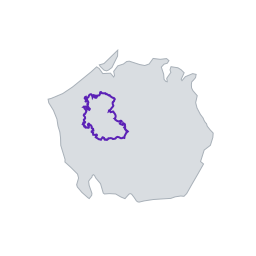 location of Bo, Southern, Sierra Leone, rotated 120°
{"feature_id": "65957751B93581480515289", "entity_name": "Bo", "entity_type": "district", "adm_level": 2, "iso_a3": "SLE", "parent_name": "Sierra Leone", "parent_adm1": "Southern", "projection": "mercator", "projection_center": [-11.769, 7.985], "detail": "fine", "context": "in_parent", "style": "outline", "palette": "violet", "viewbox_px": 256, "rotation_deg": 120, "n_neighbors": 0, "source": "geoboundaries", "source_scale": "gbopen_adm2", "svg_char_len": 7104}
<svg xmlns="http://www.w3.org/2000/svg" viewBox="0 0 256 256"><g transform="rotate(120 128 128)"><path d="M208.5,126.3L208.4,128.0L206.8,135.8L204.4,142.4L202.8,144.1L196.0,145.8L193.1,148.7L190.6,158.2L189.0,165.6L186.7,166.8L176.7,177.5L170.1,181.6L165.6,185.0L161.3,189.6L155.8,194.0L150.0,201.4L145.8,209.2L143.0,211.6L140.9,209.4L130.9,201.8L120.4,196.6L98.1,188.1L90.7,185.7L90.9,182.7L93.5,177.1L89.3,170.6L91.0,165.9L89.3,165.9L86.1,168.7L79.3,167.9L74.8,163.9L71.1,162.4L69.5,160.3L67.2,149.6L65.5,144.7L62.0,141.7L55.2,141.0L52.4,134.4L48.6,129.3L49.2,126.2L52.3,126.4L54.7,128.7L58.6,129.6L63.5,124.1L67.8,121.1L68.8,118.5L68.3,117.1L65.6,119.3L58.4,118.7L56.6,120.7L53.4,121.4L50.9,114.9L51.0,111.2L52.1,107.0L59.3,106.3L60.0,104.9L54.9,104.0L48.6,99.2L47.5,95.8L50.6,94.7L53.6,95.2L56.2,95.9L59.0,94.7L61.6,92.9L63.2,90.5L65.4,84.2L72.2,82.1L76.2,78.2L80.0,72.2L81.8,68.0L83.4,65.9L84.4,64.1L85.1,62.1L86.8,60.3L88.6,55.8L89.8,51.7L93.8,49.8L101.8,48.0L109.0,51.0L120.8,48.4L121.4,44.6L132.2,44.5L144.9,44.5L155.5,44.4L159.2,45.4L160.5,48.3L164.0,52.7L167.6,55.8L172.1,62.6L177.4,70.5L183.1,77.6L186.7,81.4L187.1,82.8L186.9,84.3L185.1,87.9L183.5,91.8L183.7,93.3L184.8,94.1L190.7,95.3L191.3,99.6L191.3,105.7L194.1,111.3L196.9,115.4L196.7,116.9L190.0,123.9L187.4,130.9L186.1,132.9L185.6,134.5L186.9,135.2L188.7,134.7L191.3,135.3L193.8,135.5L197.1,133.0L202.6,126.6L204.4,125.8L208.5,126.3ZM88.5,183.0L87.7,184.4L84.2,181.0L65.7,175.8L70.9,173.0L83.7,172.2L87.5,173.8L89.2,175.1L89.9,177.7L88.5,183.0Z" fill="#d9dde1" stroke="#a8b0b8" stroke-width="1"/><path d="M142.8,170.4L143.5,169.9L143.9,169.5L144.1,169.2L144.1,168.5L144.3,168.1L144.8,168.0L145.0,168.3L145.4,168.4L145.5,168.7L145.6,168.8L145.7,169.0L145.8,169.2L146.2,168.9L146.2,169.1L146.5,169.1L146.7,168.7L147.0,168.8L147.1,168.5L147.4,168.7L147.5,168.1L147.6,167.6L147.9,167.4L148.0,167.3L147.8,167.0L147.9,166.8L148.1,166.7L147.9,166.5L147.9,166.4L148.1,166.3L148.0,166.1L148.2,165.8L148.3,165.9L148.6,165.9L148.7,165.1L148.5,164.8L148.7,164.7L148.5,164.4L148.3,164.1L148.2,163.8L148.0,163.7L147.9,163.2L147.8,162.9L147.7,162.5L147.4,162.2L147.1,162.2L146.9,162.3L146.7,162.4L146.3,162.8L146.0,162.9L146.0,163.1L145.8,163.4L145.7,163.7L145.3,163.8L145.1,164.0L145.1,164.4L144.9,164.5L144.3,164.4L144.0,164.3L143.8,164.2L143.8,163.9L144.4,163.4L144.1,163.1L144.2,162.6L144.5,162.2L144.4,161.9L144.2,161.6L144.6,160.7L145.0,160.1L145.4,159.9L145.9,159.7L146.2,159.4L146.3,158.9L146.1,158.5L146.2,158.2L146.2,157.8L146.5,157.6L146.8,157.3L147.2,157.3L147.4,157.0L147.6,157.3L147.8,157.3L148.1,157.5L148.3,157.4L148.8,157.4L149.3,157.3L149.4,157.6L149.6,157.5L149.6,157.2L149.4,156.8L149.3,156.6L149.3,156.0L150.4,155.6L150.9,155.0L151.2,154.7L150.9,154.4L150.9,154.1L150.7,153.9L150.5,152.9L149.7,152.4L149.4,152.1L149.4,151.7L149.6,151.4L150.0,151.2L150.4,151.3L152.1,151.4L152.2,150.8L152.2,150.5L152.1,150.2L152.2,149.8L152.3,147.5L152.1,147.2L151.9,146.4L151.8,146.2L151.8,145.9L151.7,145.6L151.0,145.7L150.4,145.5L149.6,145.4L148.8,145.4L148.6,145.2L148.7,144.7L148.8,144.2L148.6,143.8L149.0,143.3L149.4,142.9L149.7,142.5L149.7,142.1L149.3,141.9L149.2,141.2L148.8,141.2L148.7,140.9L148.8,140.6L148.7,140.2L148.1,140.0L147.8,139.8L147.3,139.8L146.7,139.8L146.3,139.0L145.5,138.1L145.1,137.1L145.0,136.5L145.1,135.6L144.6,134.9L143.9,134.1L143.4,133.6L142.0,133.4L141.2,132.9L140.9,132.6L140.5,131.1L140.5,129.3L140.1,128.5L139.7,128.0L138.9,127.6L138.6,127.3L138.6,126.5L138.5,126.2L137.4,126.6L136.8,126.9L135.2,127.0L134.3,127.0L133.7,127.1L133.4,127.1L132.7,126.9L132.2,126.8L131.1,126.4L131.0,126.7L130.9,127.0L131.2,127.3L131.1,127.5L131.3,127.8L131.3,128.1L131.1,128.2L131.0,128.3L130.9,128.8L130.7,128.8L130.7,129.1L130.6,129.3L130.5,129.8L130.2,129.8L129.8,130.3L129.7,130.8L129.5,130.6L129.4,130.7L129.4,130.9L129.4,131.0L129.2,131.0L129.1,131.4L128.8,131.3L128.4,131.5L128.3,131.4L128.2,131.6L127.9,131.9L127.6,131.8L127.2,131.9L126.6,132.3L126.5,132.5L126.4,133.0L126.1,133.2L126.4,134.4L126.3,134.6L126.8,134.4L127.1,134.5L127.2,134.4L127.5,134.1L127.8,134.1L128.0,134.2L128.0,134.4L128.1,134.7L128.2,135.6L128.4,136.3L128.3,137.2L126.8,137.1L125.9,137.2L125.6,137.3L125.3,137.3L125.2,137.4L125.3,137.9L125.4,138.0L126.2,138.6L127.1,139.4L127.1,140.1L127.3,140.5L127.3,141.7L127.2,142.4L127.1,143.0L126.8,143.3L126.9,143.5L126.7,143.7L126.6,143.8L126.5,144.0L126.5,144.3L126.3,144.2L126.1,144.2L124.9,144.2L124.3,144.4L123.4,145.0L122.8,145.7L122.5,146.2L122.1,146.9L121.6,148.4L121.1,148.9L121.1,149.1L121.3,149.4L122.1,150.0L123.0,151.0L122.9,151.2L122.5,151.7L122.3,152.1L122.4,152.3L122.5,152.6L123.0,152.9L122.5,153.0L122.3,153.2L121.4,152.5L120.5,152.4L119.8,152.2L118.8,152.2L118.4,152.1L117.6,151.9L116.2,151.8L115.9,151.9L115.7,152.1L115.5,152.5L114.7,153.4L113.7,154.0L113.4,154.1L113.2,154.1L113.1,153.8L112.6,153.8L112.4,153.7L111.8,153.6L111.5,153.8L111.3,153.7L111.1,153.8L110.5,153.9L110.4,153.9L109.9,153.8L109.7,154.0L109.5,154.4L109.3,154.4L109.1,155.0L109.1,155.5L109.3,155.7L109.4,155.9L109.4,156.2L109.5,156.7L109.4,157.5L109.5,157.8L109.3,158.2L109.3,158.4L109.3,158.8L109.4,159.2L108.9,159.9L108.8,160.1L108.8,160.4L108.9,160.7L109.4,161.0L109.4,161.3L109.3,162.0L109.2,162.5L109.3,162.9L109.3,163.4L109.5,163.5L109.7,163.9L109.7,164.0L109.3,164.1L109.5,164.6L109.5,164.8L109.4,165.1L109.3,165.3L110.0,166.0L110.1,166.4L110.5,167.2L110.6,167.5L110.8,167.7L110.9,167.9L110.9,168.3L110.7,168.6L110.4,169.1L110.4,169.5L110.9,169.9L111.1,169.9L112.1,169.4L112.4,169.3L114.0,169.2L114.3,169.5L114.8,170.1L115.1,170.5L115.5,171.1L115.9,171.0L116.2,170.5L116.4,170.5L116.5,170.5L116.7,170.9L117.0,170.8L117.3,171.0L117.4,171.3L117.6,171.4L117.9,171.4L118.0,171.2L118.2,171.5L118.0,172.2L117.7,172.3L117.1,172.1L116.8,172.0L116.6,172.1L116.4,172.4L116.3,172.6L116.6,173.7L116.7,174.0L116.8,174.4L117.0,174.4L118.6,174.0L119.1,174.0L118.6,174.4L118.2,175.1L118.0,175.4L117.5,176.1L117.3,176.4L117.2,176.7L117.4,177.1L117.6,177.4L118.4,177.9L119.0,178.0L119.3,177.9L119.5,178.0L119.9,177.9L120.7,177.9L121.1,177.7L121.8,178.0L122.1,178.2L122.3,178.5L123.1,179.0L122.4,179.8L122.0,180.1L122.3,180.4L122.8,180.6L123.1,180.6L123.6,180.5L124.0,180.3L124.3,179.2L124.2,178.9L123.8,178.5L123.5,178.0L123.8,177.7L124.0,177.5L124.3,177.4L124.7,177.8L124.9,178.0L125.3,177.9L125.6,178.1L126.1,178.1L126.2,177.9L126.1,177.5L125.8,177.2L125.2,176.8L124.8,176.3L125.2,175.6L125.9,175.0L126.6,175.0L127.0,175.0L127.2,174.7L127.5,174.5L127.8,175.0L129.0,174.1L129.8,172.7L130.0,172.3L130.2,172.2L130.3,171.7L130.5,171.3L130.4,171.1L130.4,170.8L131.0,170.5L131.7,170.6L131.7,171.1L131.5,171.6L131.6,171.9L131.9,172.3L131.5,172.8L131.3,173.2L131.1,173.8L130.5,174.9L130.6,175.4L131.3,176.4L131.5,176.9L131.9,177.0L131.7,176.6L131.9,176.5L131.9,176.3L132.1,176.2L132.2,175.9L132.6,175.7L133.0,175.1L133.0,174.3L133.2,174.1L133.4,173.7L133.8,173.2L134.0,172.6L134.4,172.4L135.4,172.4L135.5,172.3L136.6,172.3L137.2,172.2L137.6,172.5L137.9,172.8L138.7,172.8L139.1,172.7L139.5,172.0L139.7,171.5L140.0,170.8L140.3,170.5L141.0,170.0L141.7,170.0L142.6,170.3L142.8,170.4Z" fill="none" stroke="#5b21b6" stroke-width="2"/></g></svg>